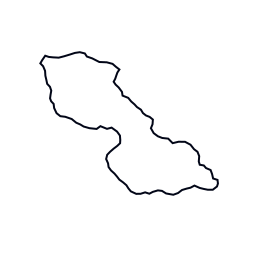 Arantina, Minas Gerais, Brazil (Equal Earth projection), rotated 284°
{"feature_id": "56859067B73704269886290", "entity_name": "Arantina", "entity_type": "district", "adm_level": 2, "iso_a3": "BRA", "parent_name": "Brazil", "parent_adm1": "Minas Gerais", "projection": "equal_earth", "projection_center": [-44.228, -21.901], "detail": "fine", "context": "isolated", "style": "outline", "palette": "ink", "viewbox_px": 256, "rotation_deg": 284, "n_neighbors": 0, "source": "geoboundaries", "source_scale": "gbopen_adm2", "svg_char_len": 1534}
<svg xmlns="http://www.w3.org/2000/svg" viewBox="0 0 256 256"><g transform="rotate(284 128 128)"><path d="M69.4,164.6L72.0,167.5L74.7,172.1L75.2,176.2L73.7,180.8L74.2,188.1L77.0,192.3L80.9,195.4L83.4,199.6L85.2,203.1L88.2,206.4L87.2,212.0L87.2,216.3L87.4,220.3L88.6,225.2L92.8,228.5L95.9,228.7L99.3,227.4L99.6,222.8L103.7,220.7L107.2,218.3L108.0,213.4L110.0,210.6L109.7,206.5L112.6,204.8L117.9,203.9L121.7,201.2L123.4,197.2L126.9,192.7L128.4,186.7L126.9,180.4L124.1,175.0L127.4,169.6L126.6,163.6L127.2,159.0L129.2,154.2L133.3,150.3L137.6,150.9L142.2,150.1L144.0,146.3L144.5,142.4L146.1,138.9L148.9,136.1L150.5,131.6L152.5,128.6L154.5,124.7L157.3,120.9L158.1,114.9L161.6,113.4L165.1,109.1L167.1,105.5L169.4,102.9L172.7,103.7L176.4,104.0L179.3,104.3L182.7,105.5L184.5,101.4L186.5,97.5L186.6,91.5L185.1,84.2L186.9,76.4L187.4,70.8L189.9,68.1L189.9,62.9L188.0,58.3L185.2,53.8L182.1,48.6L179.5,43.8L178.4,38.1L177.8,34.0L178.1,30.2L173.0,28.3L169.5,27.3L167.4,30.7L163.4,33.7L158.7,35.2L154.6,37.3L151.3,38.9L149.1,42.3L145.7,44.5L141.5,44.8L137.9,45.2L135.3,47.0L133.4,50.0L129.5,51.5L125.1,55.1L123.1,59.5L123.7,64.4L123.1,71.2L120.6,76.5L119.9,80.8L118.7,84.6L118.5,90.6L119.5,97.8L123.1,100.8L122.1,107.8L124.4,112.0L121.9,118.2L118.7,122.0L114.5,123.4L111.3,124.0L108.0,121.9L104.4,119.0L100.5,116.3L97.0,114.3L92.6,114.3L88.9,117.2L85.4,118.6L82.7,121.8L80.5,125.9L78.2,129.1L75.8,132.1L74.1,136.3L72.1,140.3L69.5,143.0L67.2,146.1L66.1,151.9L67.2,156.1L69.7,160.2L69.4,164.6Z" fill="none" stroke="#020617" stroke-width="2"/></g></svg>